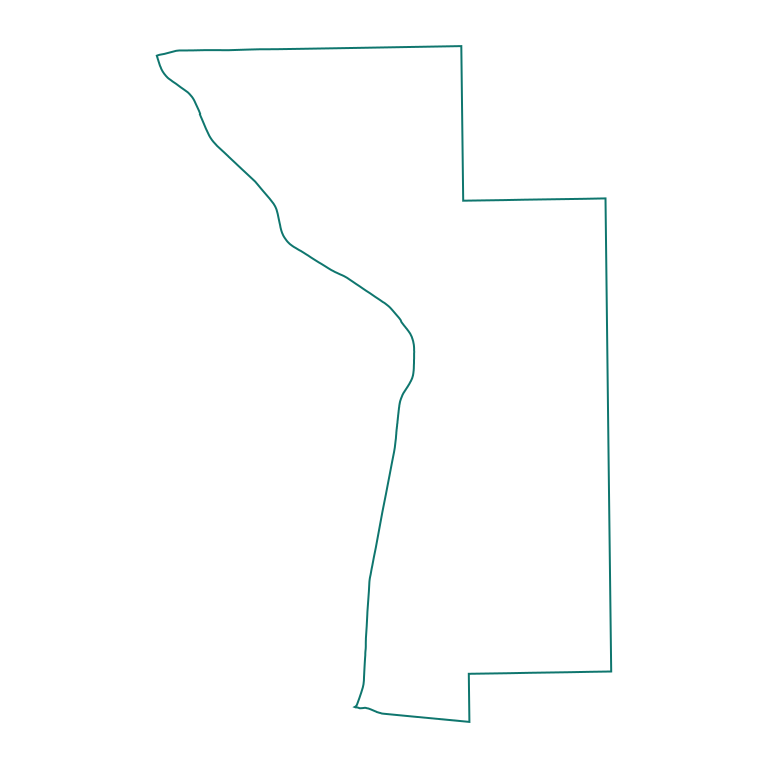 15 Mayu, Al Qahirah, Egypt (Equal Earth projection)
{"feature_id": "37247803B58448533869188", "entity_name": "15 Mayu", "entity_type": "district", "adm_level": 2, "iso_a3": "EGY", "parent_name": "Egypt", "parent_adm1": "Al Qahirah", "projection": "equal_earth", "projection_center": [31.348, 29.853], "detail": "fine", "context": "isolated", "style": "outline", "palette": "teal", "viewbox_px": 768, "rotation_deg": 0, "n_neighbors": 0, "source": "geoboundaries", "source_scale": "gbopen_adm2", "svg_char_len": 5905}
<svg xmlns="http://www.w3.org/2000/svg" viewBox="0 0 768 768"><path d="M469.4,721.9L468.8,673.8L489.2,673.5L509.5,673.2L529.8,672.8L550.2,672.5L570.5,672.2L590.9,671.8L611.2,671.5L608.6,459.5L605.5,198.4L585.1,198.8L564.8,199.1L544.4,199.4L524.1,199.7L503.7,200.1L483.4,200.4L463.2,200.7L461.3,46.1L339.5,48.2L302.4,48.8L276.7,49.2L258.7,49.3L247.3,49.6L228.6,50.2L206.9,50.1L201.6,50.2L192.6,50.4L179.0,50.5L176.2,50.8L164.4,53.9L159.5,54.8L157.3,55.5L156.8,55.7L157.2,57.0L157.4,57.5L157.8,59.0L158.3,60.4L158.5,61.2L159.2,63.3L159.6,64.6L160.0,65.8L160.7,67.3L161.2,68.7L161.7,69.7L162.4,71.0L162.8,71.7L163.5,72.7L164.0,73.5L164.4,74.0L164.9,74.6L166.1,76.1L166.9,76.9L167.4,77.5L167.9,77.9L168.3,78.3L169.1,78.9L170.8,80.1L172.0,81.0L172.3,81.3L173.4,82.0L174.4,82.7L174.7,82.9L175.5,83.4L176.6,84.2L180.6,87.2L183.9,89.5L186.8,91.6L187.9,92.4L189.6,94.1L192.0,96.9L193.1,98.5L194.2,100.4L195.9,104.1L199.0,110.8L200.2,113.9L200.1,114.2L199.9,114.4L200.9,116.8L201.6,118.4L203.3,122.4L205.9,128.6L209.2,135.6L210.3,137.5L211.9,139.9L213.4,141.8L217.2,146.0L221.0,149.5L226.9,155.0L228.4,156.4L228.7,156.8L229.3,157.3L231.4,159.3L241.7,169.0L255.2,181.6L258.9,186.0L260.3,187.7L262.9,190.8L267.7,196.4L269.6,198.6L273.7,203.9L273.9,204.3L274.7,205.6L275.2,206.5L275.8,207.8L276.5,209.5L277.0,211.3L277.7,213.9L278.4,217.3L279.6,223.0L280.1,225.2L280.5,227.4L280.9,229.0L281.3,230.5L281.7,231.7L282.1,232.9L282.7,234.2L283.1,235.2L283.7,236.3L284.3,237.3L284.9,238.2L285.7,239.3L286.4,240.3L287.1,241.2L287.9,242.1L288.3,242.5L289.0,243.2L289.8,244.0L291.0,244.9L292.2,245.8L293.8,246.9L295.9,248.1L298.0,249.4L299.7,250.4L300.6,250.8L301.7,251.5L303.5,252.6L306.3,254.4L308.1,255.5L310.9,257.4L314.5,259.7L318.8,262.4L321.4,263.9L325.9,266.7L328.1,268.1L331.4,270.1L333.2,271.0L335.0,272.0L336.8,272.8L338.5,273.6L340.4,274.5L342.1,275.2L344.2,276.2L347.2,277.9L350.1,279.9L352.8,281.7L355.7,283.7L359.5,286.2L363.1,288.7L366.5,291.0L369.8,293.1L372.7,295.1L375.3,296.9L378.5,299.0L380.7,300.5L382.8,302.0L384.4,302.9L386.6,304.6L388.6,306.2L390.0,307.5L391.2,308.8L392.7,310.5L394.5,312.6L396.2,314.6L398.7,317.5L399.5,318.5L400.6,320.0L401.5,322.2L402.9,324.0L404.1,325.6L405.2,326.9L406.1,328.1L406.9,329.0L407.5,329.9L408.1,330.6L408.5,331.2L408.9,331.8L409.3,332.3L409.6,332.8L409.9,333.2L410.2,333.6L410.4,334.1L410.6,334.5L410.8,334.9L411.0,335.3L411.2,335.7L411.4,336.1L411.6,336.5L411.8,337.0L412.0,337.5L412.1,338.0L412.3,338.5L412.5,339.0L412.6,339.5L412.8,340.0L412.9,340.5L413.1,341.0L413.2,341.5L413.3,342.0L413.4,342.6L413.5,343.1L413.6,343.6L413.7,344.1L413.8,344.7L413.9,345.2L413.9,345.8L414.0,346.4L414.0,347.1L414.1,347.7L414.1,348.4L414.1,349.1L414.1,349.8L414.1,350.6L414.2,351.4L414.2,352.3L414.1,353.2L414.1,353.8L414.1,354.2L414.1,355.2L414.1,355.7L414.1,356.3L414.1,357.5L414.1,358.7L414.0,360.1L414.0,361.5L414.0,363.1L413.9,364.8L413.8,368.5L413.7,369.8L413.7,370.3L413.6,370.9L413.5,371.9L413.4,372.8L413.3,373.5L413.2,374.1L413.1,374.7L413.1,374.8L413.0,375.2L413.0,375.4L412.9,375.6L412.9,375.8L412.8,376.0L412.7,376.4L412.6,376.7L412.5,377.1L412.4,377.4L412.3,377.6L412.3,377.8L412.2,378.1L412.1,378.4L411.9,378.7L411.9,378.8L411.8,379.0L411.7,379.3L411.5,379.6L411.4,379.9L411.3,380.2L411.1,380.5L411.0,380.9L410.8,381.2L410.7,381.3L410.6,381.5L410.4,381.8L410.3,382.0L410.2,382.3L410.1,382.5L409.9,382.9L409.7,383.1L409.5,383.6L409.3,383.9L409.1,384.3L408.9,384.7L408.6,385.0L408.4,385.4L408.3,385.6L408.2,385.7L408.0,386.1L407.8,386.4L407.6,386.8L407.3,387.1L407.1,387.4L407.1,387.5L406.9,387.8L406.7,388.1L406.2,388.8L406.1,389.0L405.9,389.3L405.7,389.7L405.4,390.1L405.2,390.3L405.1,390.6L404.9,390.9L404.7,391.1L404.5,391.4L404.4,391.7L404.2,391.9L404.1,392.1L404.0,392.3L403.8,392.5L403.7,392.6L403.6,392.9L403.4,393.2L403.3,393.4L403.2,393.6L403.0,393.9L402.9,394.2L402.7,394.6L402.5,394.9L402.5,395.0L402.4,395.2L402.3,395.3L402.2,395.7L402.1,396.0L401.9,396.4L401.8,396.8L401.6,397.2L401.5,397.4L401.4,397.6L401.3,398.0L401.1,398.4L401.0,398.8L400.8,399.2L400.7,399.6L400.6,399.9L400.5,400.2L400.4,400.5L400.3,400.8L400.2,401.1L400.1,401.4L400.1,401.7L400.0,402.0L399.9,402.2L399.9,402.6L399.8,402.9L399.8,403.1L399.7,403.2L399.6,403.9L399.6,404.2L399.4,404.9L399.3,405.7L399.3,406.0L399.2,406.8L399.1,407.2L399.1,407.6L399.0,407.9L398.9,408.7L398.9,409.1L398.8,409.8L398.6,411.2L398.6,411.6L398.5,412.3L398.5,412.6L398.5,412.8L398.4,413.0L398.4,413.3L398.3,414.1L398.2,415.1L398.1,415.5L398.1,415.8L398.1,416.2L398.0,417.1L397.9,417.5L397.9,418.2L397.8,418.5L397.8,419.2L397.7,419.5L397.7,419.9L397.7,420.2L397.6,420.6L397.5,421.3L397.5,421.7L397.5,422.1L397.4,422.8L397.4,423.1L397.3,423.5L397.3,423.8L397.2,424.1L397.1,425.0L397.1,425.4L397.1,425.7L397.0,426.3L397.0,426.7L396.9,427.0L396.9,427.3L396.8,427.7L396.8,428.1L396.8,428.5L396.7,428.8L396.6,429.6L396.6,430.1L396.5,430.4L396.5,430.8L396.5,431.2L396.4,431.6L396.4,431.9L396.3,432.8L396.3,433.6L396.2,434.5L396.1,435.6L396.0,436.9L395.9,438.4L395.6,440.7L394.8,447.6L394.0,452.3L392.1,461.9L389.4,476.1L389.1,477.6L385.9,494.3L385.3,497.3L382.4,511.9L379.0,530.4L375.9,547.2L375.2,550.7L373.9,557.1L372.3,565.6L371.6,569.0L370.6,574.6L369.9,577.9L369.6,580.0L369.4,581.9L368.9,591.2L367.4,612.1L367.3,614.6L366.7,626.3L365.9,638.4L365.9,639.2L365.8,642.4L365.8,646.4L365.7,648.8L365.4,651.7L365.3,653.5L365.3,655.1L365.0,659.1L364.7,664.1L364.3,671.4L364.1,675.6L364.0,677.4L364.0,677.7L363.9,680.6L363.5,684.3L362.8,687.5L361.2,692.7L359.4,698.0L356.9,704.9L356.0,706.1L355.9,706.2L355.6,706.5L354.7,707.0L355.7,707.4L357.1,707.4L357.6,707.5L358.2,707.7L359.0,708.0L359.9,708.3L361.2,708.2L361.4,708.2L362.7,708.1L364.2,707.9L364.9,707.8L365.8,707.9L367.2,708.3L368.0,708.4L368.7,708.6L370.8,709.4L374.8,711.1L376.5,711.8L376.7,712.0L378.1,712.4L379.4,712.8L380.4,713.0L380.9,713.2L381.8,713.5L382.6,713.6L383.4,713.7L412.4,716.5L469.4,721.9Z" fill="none" stroke="#0f766e" stroke-width="2"/></svg>